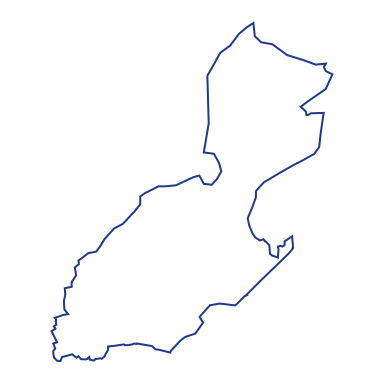 Bopolu, Gbapolu, Liberia (orthographic projection)
{"feature_id": "62588387B82153656109433", "entity_name": "Bopolu", "entity_type": "district", "adm_level": 2, "iso_a3": "LBR", "parent_name": "Liberia", "parent_adm1": "Gbapolu", "projection": "orthographic", "projection_center": [-10.518, 7.211], "detail": "fine", "context": "isolated", "style": "outline", "palette": "blue", "viewbox_px": 384, "rotation_deg": 0, "n_neighbors": 0, "source": "geoboundaries", "source_scale": "gbopen_adm2", "svg_char_len": 3183}
<svg xmlns="http://www.w3.org/2000/svg" viewBox="0 0 384 384"><path d="M253.4,23.0L246.7,27.4L238.9,33.9L230.2,45.5L220.2,52.9L213.3,65.4L207.4,75.6L207.4,77.9L207.5,80.6L208.7,123.4L203.8,152.5L205.1,152.6L213.9,153.8L215.9,157.4L218.9,162.6L221.3,171.3L220.8,172.2L217.2,178.7L211.7,184.8L208.8,184.4L203.9,183.9L199.3,175.6L193.8,177.0L175.9,185.3L165.4,186.3L158.5,186.3L144.7,193.3L140.2,196.5L140.2,199.3L140.2,204.4L133.8,212.2L133.3,212.7L132.0,214.1L122.9,223.8L114.1,228.5L104.5,239.1L100.9,245.2L100.4,245.8L100.3,246.0L96.3,251.6L90.0,252.8L88.5,253.0L81.2,258.6L78.4,260.5L78.7,262.1L78.9,264.2L74.8,267.4L75.9,273.8L76.2,275.2L71.6,282.2L71.7,286.8L64.8,288.2L65.1,292.7L65.3,294.7L65.1,295.5L63.9,300.7L64.2,306.0L64.4,309.4L64.9,310.1L68.1,314.1L63.0,315.0L59.9,316.1L54.8,317.9L55.5,318.8L56.3,320.0L55.8,321.1L55.6,321.4L56.1,322.1L56.1,323.4L56.1,323.5L56.1,324.2L56.3,324.6L54.5,325.9L53.8,326.5L54.7,327.7L55.0,327.9L55.0,328.2L55.4,328.7L54.7,329.2L53.9,329.7L51.6,331.2L51.7,331.3L52.6,333.3L53.1,334.3L54.2,336.4L55.2,338.5L56.8,341.8L57.1,342.3L55.6,342.8L53.3,343.5L54.4,346.4L55.0,348.0L55.2,348.5L55.0,348.9L53.3,351.0L53.2,351.2L53.2,351.6L53.3,353.2L53.4,354.3L53.7,355.5L54.1,357.4L54.1,357.6L56.4,360.0L57.1,360.8L60.5,361.0L62.0,357.0L68.7,355.3L69.0,355.2L70.6,354.8L70.9,354.7L72.3,354.3L75.1,356.7L76.4,357.7L77.6,356.8L78.5,356.2L79.3,357.1L81.1,359.2L83.4,359.3L84.7,359.3L85.4,359.4L86.4,359.2L87.5,358.9L87.9,358.0L89.2,357.1L89.9,359.6L91.5,360.0L93.8,360.6L94.3,360.1L95.5,359.0L97.8,358.7L100.2,358.3L100.3,358.3L101.2,358.7L101.6,358.8L102.1,358.5L102.5,358.1L104.3,356.8L104.9,355.6L105.9,353.5L105.9,353.4L106.7,352.3L108.1,349.8L108.1,346.4L108.7,346.4L113.9,345.9L123.9,344.4L124.7,345.1L125.9,345.1L126.1,345.2L128.4,345.1L132.4,344.4L134.0,343.6L134.4,343.6L136.7,344.0L137.0,343.5L152.1,346.1L155.2,349.1L155.4,349.3L156.1,349.4L156.5,349.5L158.6,349.6L158.9,349.7L170.3,352.6L170.4,352.1L170.5,351.7L171.0,350.7L180.1,340.9L183.1,338.5L184.6,337.3L186.7,336.4L195.3,333.6L196.5,331.9L196.8,331.5L203.1,322.6L201.7,320.4L201.4,319.9L199.6,317.0L199.9,316.6L202.3,313.8L203.9,312.1L204.6,311.3L207.1,308.4L209.7,305.6L210.0,305.2L213.2,304.7L219.5,303.6L226.1,304.3L229.3,304.7L234.6,305.3L235.2,305.4L238.1,302.8L244.4,296.3L246.8,295.2L246.4,294.9L248.1,293.2L261.4,279.9L269.8,271.8L270.7,270.9L275.4,266.4L288.8,253.4L292.6,248.8L292.6,248.2L292.8,248.1L293.1,247.9L292.3,238.5L292.1,236.3L284.6,241.4L284.6,245.1L282.4,246.6L280.5,245.9L277.9,246.5L278.5,249.1L277.9,257.6L272.1,255.5L270.0,253.7L269.3,245.2L264.9,240.7L264.7,241.0L263.4,239.2L259.9,240.5L255.3,237.5L252.3,233.0L250.8,229.3L249.3,225.7L247.7,218.3L252.4,207.1L252.5,206.7L255.1,199.5L255.8,197.7L255.9,195.5L256.1,190.8L264.0,182.2L270.2,178.6L280.7,172.3L285.7,169.5L286.9,168.8L294.4,164.6L303.0,160.2L304.7,159.2L314.4,153.8L314.7,153.3L319.2,147.0L320.7,133.0L323.5,114.2L323.7,112.9L316.3,113.1L310.9,113.3L308.7,114.7L306.5,115.2L305.9,111.6L300.7,106.7L307.4,101.7L325.8,88.9L332.4,74.3L326.1,71.3L323.8,67.2L325.9,63.6L315.6,64.6L303.7,60.2L287.1,55.1L272.3,44.2L261.1,42.3L254.8,36.2L253.4,23.0Z" fill="none" stroke="#1e3a8a" stroke-width="2"/></svg>